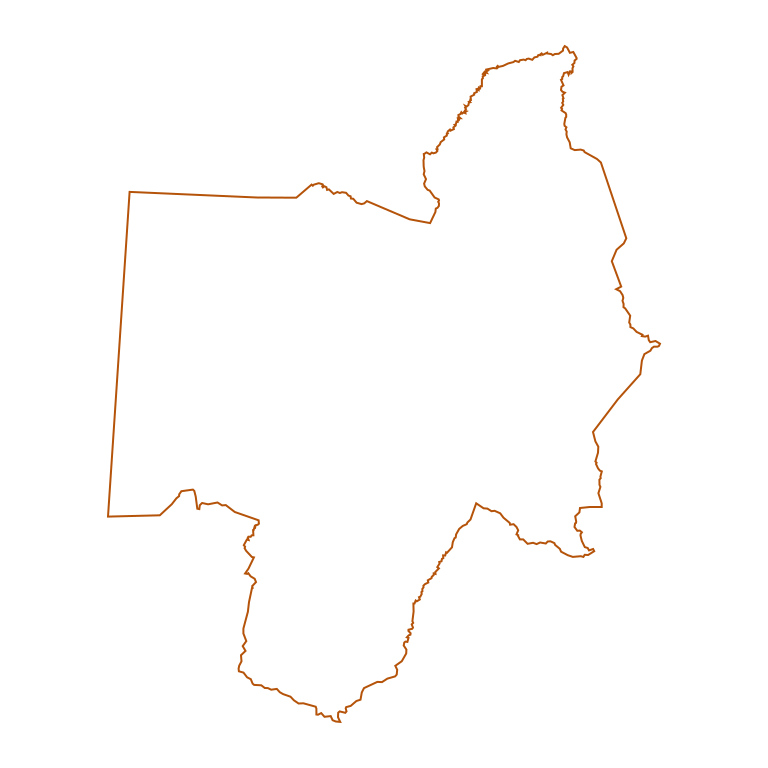 Molumbo, Zambezia, Mozambique (Robinson projection)
{"feature_id": "85939544B56224707964526", "entity_name": "Molumbo", "entity_type": "district", "adm_level": 2, "iso_a3": "MOZ", "parent_name": "Mozambique", "parent_adm1": "Zambezia", "projection": "robinson", "projection_center": [36.267, -15.679], "detail": "fine", "context": "isolated", "style": "outline", "palette": "amber", "viewbox_px": 768, "rotation_deg": 0, "n_neighbors": 0, "source": "geoboundaries", "source_scale": "gbopen_adm2", "svg_char_len": 6034}
<svg xmlns="http://www.w3.org/2000/svg" viewBox="0 0 768 768"><path d="M541.6,53.4L540.3,54.4L540.5,55.2L538.3,55.1L537.5,56.7L534.4,57.4L532.3,59.8L528.6,58.6L526.7,59.0L525.6,60.2L523.6,59.6L520.0,60.2L518.8,62.0L515.1,60.8L513.4,62.1L508.3,63.4L503.0,65.9L498.6,66.9L497.7,65.9L496.9,66.7L497.5,67.8L496.9,68.4L493.2,68.0L486.1,69.6L486.1,70.4L487.5,70.8L485.9,71.7L486.7,72.8L485.2,72.4L485.1,74.5L484.0,74.6L483.9,72.7L482.8,74.1L484.5,75.5L482.7,76.4L482.9,78.3L481.9,79.3L481.9,86.2L480.5,86.2L480.1,88.6L479.4,88.9L479.7,87.8L478.9,87.5L478.7,90.2L477.5,89.5L477.8,88.8L476.5,89.1L476.9,91.9L474.1,93.3L474.2,94.7L470.6,96.6L470.9,99.8L470.3,99.7L470.1,101.2L469.1,101.7L469.9,102.3L468.9,102.5L468.4,105.1L466.6,106.6L465.3,105.9L465.9,107.0L465.1,107.7L466.0,109.1L464.8,110.9L466.3,111.3L465.1,112.0L465.4,113.2L463.5,112.5L462.2,113.5L461.3,112.3L460.4,114.1L458.4,115.0L458.5,116.5L460.4,118.2L457.8,118.2L458.0,119.2L459.3,119.1L458.8,120.3L457.9,120.5L457.7,121.9L456.5,121.6L455.8,124.5L454.7,124.8L455.5,125.7L453.4,127.4L453.9,129.1L450.4,130.7L449.9,129.6L447.8,131.4L447.4,132.8L446.8,132.2L447.7,133.4L446.8,133.7L446.8,135.6L443.9,137.4L444.2,139.4L440.7,142.1L439.8,144.5L437.1,147.1L437.5,149.1L436.5,149.3L437.4,150.9L435.9,152.6L433.4,153.3L431.8,152.6L430.0,154.3L426.4,152.4L424.2,154.0L423.7,153.2L424.2,157.6L423.5,160.2L423.7,166.7L424.5,171.1L423.7,174.3L426.0,179.1L424.1,183.6L424.8,186.4L427.6,189.8L429.7,190.6L434.6,197.5L438.7,199.4L439.0,200.6L438.2,201.8L439.0,203.3L438.9,205.9L437.5,207.8L435.8,208.6L435.4,212.0L430.1,223.1L409.6,219.3L366.9,201.1L364.2,203.4L361.5,204.1L356.6,202.7L353.3,198.8L350.9,198.5L350.6,196.3L348.5,195.6L346.1,192.8L342.0,192.2L339.9,193.0L337.3,192.0L333.7,193.9L328.9,189.4L327.1,189.9L326.4,187.2L324.5,186.3L322.9,187.4L322.2,186.3L323.0,185.1L322.6,184.3L318.8,183.2L313.7,184.7L312.8,185.7L311.6,184.6L296.3,197.7L256.8,197.5L129.6,191.9L108.0,516.6L159.8,515.3L171.8,504.2L176.4,498.3L179.1,496.1L179.2,494.3L181.4,491.2L192.9,489.6L194.3,490.9L195.7,496.5L197.3,508.7L199.3,509.1L199.8,505.2L202.1,503.0L208.1,504.3L217.5,502.5L222.1,505.4L225.8,505.1L234.8,512.0L258.6,520.3L258.9,523.7L257.7,524.8L255.6,525.2L255.2,527.3L254.6,526.7L253.6,530.2L253.1,530.2L253.4,535.3L251.6,535.4L250.7,536.8L248.4,536.7L247.8,537.6L248.6,540.0L246.9,539.5L243.8,545.2L245.1,546.7L244.6,548.2L246.2,550.9L251.9,557.0L253.9,557.4L248.5,568.6L245.1,573.5L247.3,573.9L248.3,573.2L250.6,576.3L254.7,578.8L256.0,582.1L252.2,586.1L252.6,587.9L252.0,588.0L249.0,602.1L247.9,611.7L243.4,628.6L243.4,633.5L246.3,641.1L242.7,646.1L245.5,650.9L241.0,655.2L241.5,661.3L239.2,665.7L238.6,668.7L238.9,671.3L243.5,672.6L247.1,677.3L250.8,679.2L252.6,683.6L254.1,684.9L261.3,685.3L264.8,688.0L267.9,688.1L271.2,689.7L276.8,688.9L279.8,692.2L283.1,694.1L290.5,696.7L293.9,700.3L298.6,703.5L303.4,703.3L315.7,706.7L316.4,708.7L316.4,714.5L318.0,714.7L321.2,713.1L324.5,716.8L330.7,716.1L332.6,720.2L335.8,721.5L340.2,721.9L338.0,717.2L338.2,712.7L339.7,711.4L345.3,712.8L346.5,711.4L345.7,708.3L346.2,707.1L350.7,705.9L356.4,701.0L360.5,699.7L361.8,692.4L364.0,688.1L377.3,681.9L382.0,682.1L387.4,678.6L395.1,676.4L396.7,674.6L397.2,669.8L395.3,665.8L401.8,661.2L406.2,653.5L406.4,649.6L403.7,645.5L404.3,642.5L405.4,641.6L407.4,641.9L408.5,637.9L406.9,637.3L408.7,635.3L410.4,634.7L410.6,633.2L408.4,630.9L408.5,629.7L412.2,628.8L413.0,627.6L411.7,624.4L413.2,622.9L412.4,621.2L413.6,611.6L413.4,603.5L414.5,603.5L415.7,600.5L416.8,601.3L419.8,599.5L419.0,597.2L420.3,596.7L421.7,594.0L421.4,592.1L422.4,591.3L422.3,589.0L423.5,587.4L423.4,585.7L425.0,584.1L428.3,582.5L427.8,580.3L431.5,578.2L431.8,576.7L433.6,575.2L433.7,573.4L435.5,573.9L435.3,572.0L438.9,568.4L437.3,567.1L439.6,563.5L439.2,562.0L441.5,561.3L441.9,558.9L443.3,558.2L443.1,555.4L445.2,555.5L446.1,552.3L447.0,552.8L452.0,547.3L452.8,542.1L454.5,538.2L455.7,537.5L456.1,534.4L459.2,528.9L462.8,525.9L466.7,524.2L467.4,522.5L470.5,519.5L476.2,503.3L483.6,508.3L487.4,508.6L491.5,511.2L494.6,510.8L500.2,513.3L503.5,517.7L509.7,522.9L510.1,524.7L513.6,524.2L516.5,527.0L518.2,530.3L516.5,534.4L518.2,535.2L518.1,536.1L519.9,539.4L523.2,539.4L527.6,543.8L533.1,542.8L536.6,544.1L540.1,542.5L545.8,543.5L547.7,541.5L550.4,541.3L554.4,543.1L555.1,544.9L559.8,548.8L561.1,551.7L567.8,555.2L572.8,556.9L580.8,556.2L583.4,556.9L584.7,554.8L588.1,555.0L594.2,551.2L593.1,549.0L589.0,550.4L587.7,548.0L584.8,547.1L581.8,540.9L580.5,535.6L580.6,534.1L581.9,532.3L579.8,530.6L577.3,530.8L574.5,527.0L575.1,523.4L576.0,522.9L576.2,521.5L575.2,516.3L579.4,512.4L580.0,508.0L589.7,507.0L601.7,507.0L601.7,503.3L598.4,493.2L600.4,486.9L599.5,484.9L599.4,479.7L600.7,478.2L600.4,476.7L601.8,471.4L599.8,470.6L598.0,468.3L596.0,464.0L596.6,462.7L595.4,461.5L598.0,452.7L598.3,446.7L595.4,441.4L593.0,432.0L617.8,399.4L640.3,374.2L641.9,360.6L644.4,354.1L650.4,350.7L651.9,348.1L653.9,346.7L657.5,346.7L659.0,345.9L660.0,343.7L655.5,341.0L650.2,342.2L648.8,340.2L648.0,335.7L645.2,336.6L641.9,336.1L642.5,334.8L636.6,331.9L633.3,328.4L630.4,327.1L630.4,324.6L629.2,322.5L630.2,315.7L625.2,308.4L623.5,307.2L623.6,303.9L622.5,300.8L623.3,297.9L622.6,295.1L620.1,291.2L616.2,289.2L621.2,286.6L611.8,261.2L616.6,249.7L623.8,243.4L626.3,238.3L600.9,162.5L597.0,159.0L584.6,152.1L583.7,150.5L580.7,149.6L574.7,150.1L570.7,148.3L569.7,142.3L567.1,137.4L566.4,134.2L566.7,131.6L565.5,129.4L566.4,127.3L564.6,125.8L564.3,123.9L565.4,117.8L566.2,116.9L566.2,114.6L565.6,113.1L561.5,110.4L562.1,108.9L561.1,107.8L563.3,104.9L562.2,102.9L563.2,101.5L562.8,98.9L563.5,98.4L562.4,95.1L564.9,92.7L562.4,91.7L561.0,90.0L561.5,86.7L563.5,85.4L561.0,79.8L562.2,79.0L562.2,77.1L563.1,76.3L564.0,73.1L567.6,72.1L568.6,74.7L570.0,71.3L571.7,71.5L571.6,72.9L572.6,72.0L572.5,68.2L573.4,66.4L572.3,64.8L574.4,63.0L574.6,60.5L576.6,58.9L576.6,58.0L573.3,52.0L569.9,52.8L567.1,47.5L564.7,46.1L563.1,48.6L563.0,50.6L558.7,53.8L554.9,54.0L552.8,55.2L551.1,54.0L546.8,53.4L546.9,52.8L542.8,54.8L541.6,53.4Z" fill="none" stroke="#b45309" stroke-width="2"/></svg>